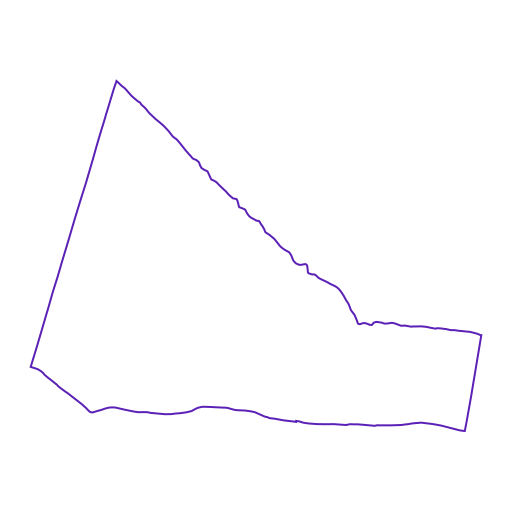 Ratchathewi, Bangkok Metropolis, Thailand (Equal Earth projection)
{"feature_id": "78962969B82033887386179", "entity_name": "Ratchathewi", "entity_type": "district", "adm_level": 2, "iso_a3": "THA", "parent_name": "Thailand", "parent_adm1": "Bangkok Metropolis", "projection": "equal_earth", "projection_center": [100.542, 13.761], "detail": "fine", "context": "isolated", "style": "outline", "palette": "violet", "viewbox_px": 512, "rotation_deg": 0, "n_neighbors": 0, "source": "geoboundaries", "source_scale": "gbopen_adm2", "svg_char_len": 5397}
<svg xmlns="http://www.w3.org/2000/svg" viewBox="0 0 512 512"><path d="M269.4,234.8L265.8,232.5L265.4,232.1L265.1,231.6L264.3,229.5L262.5,226.2L261.4,224.8L259.3,221.4L259.2,221.3L259.1,221.1L258.8,221.0L258.7,221.0L258.6,220.9L257.4,220.8L256.7,220.6L256.4,220.6L256.2,220.4L255.7,220.2L255.4,220.0L252.4,218.4L251.5,217.9L251.3,217.8L251.0,217.6L250.5,217.3L249.3,216.2L248.7,215.6L248.2,214.9L247.0,213.2L245.9,211.1L245.7,210.6L245.5,210.2L245.4,210.1L245.2,209.8L244.9,209.6L244.6,209.3L244.2,209.1L240.7,207.7L239.6,207.3L239.3,207.1L239.2,207.1L239.1,206.8L239.0,206.7L238.9,206.4L238.6,205.3L238.3,203.9L237.5,201.0L237.4,200.7L237.3,200.4L236.9,199.7L236.7,199.4L236.4,199.1L236.1,198.9L235.7,198.9L233.7,198.5L233.2,198.4L232.9,198.3L232.8,198.2L230.0,195.8L228.3,194.2L225.9,191.4L225.7,191.2L224.0,189.7L219.5,185.4L219.0,184.9L217.7,183.5L217.0,182.8L216.4,182.2L214.7,181.1L214.0,180.7L212.2,179.9L211.6,179.6L211.3,179.4L211.2,179.2L210.9,178.8L208.0,172.4L207.5,171.5L207.3,171.2L207.1,171.1L206.9,171.0L206.5,170.8L205.5,170.5L203.9,169.6L201.9,168.3L201.7,168.1L201.4,167.9L201.1,167.5L201.0,167.2L200.8,166.7L200.0,165.3L199.2,162.9L199.0,162.5L198.8,162.2L198.5,161.9L198.1,161.5L196.3,160.0L196.1,159.9L194.5,159.3L193.9,159.1L193.0,158.6L192.2,157.9L191.1,156.5L190.3,155.6L190.1,155.5L185.5,150.2L179.4,142.5L176.8,139.5L176.5,139.3L176.3,139.1L175.8,138.8L173.3,136.9L173.0,136.7L172.6,136.3L168.7,131.2L164.3,126.5L163.3,125.5L162.5,124.8L157.9,120.9L155.5,119.0L151.0,114.7L148.9,112.7L145.8,108.7L145.6,108.6L144.6,107.5L143.1,106.1L141.5,104.8L141.1,104.2L140.6,103.4L140.1,102.7L139.9,102.4L137.9,101.4L137.4,100.9L133.8,97.9L132.5,96.7L131.4,95.7L130.4,94.6L126.3,89.9L124.5,88.0L122.3,86.4L120.6,84.9L118.5,82.8L117.3,81.7L116.5,81.0L116.2,82.0L113.7,89.2L112.5,93.2L110.8,98.8L109.2,104.1L107.8,108.8L106.1,114.2L104.4,120.2L101.1,130.8L99.4,136.5L96.2,147.4L93.5,157.1L86.2,182.1L80.4,200.5L74.7,219.1L68.5,240.2L62.0,261.7L57.6,276.8L52.9,291.7L48.0,308.9L46.4,314.2L43.2,325.2L37.4,344.9L30.7,366.9L33.9,367.9L36.6,368.8L38.1,369.4L38.5,369.6L39.9,370.5L40.6,370.9L42.0,372.0L42.3,372.3L43.1,373.0L43.6,373.4L44.4,374.6L44.8,375.0L46.1,376.1L46.9,376.8L49.3,378.7L57.0,384.8L58.3,386.3L60.7,388.2L64.6,391.1L68.1,393.5L68.4,393.7L68.9,394.1L74.1,398.2L77.0,400.4L82.2,404.5L82.6,404.8L83.3,405.6L86.0,407.9L86.4,408.4L88.8,410.9L89.6,411.6L90.1,411.9L90.7,412.2L91.0,412.3L91.6,412.4L91.9,412.4L92.7,412.4L93.1,412.3L96.0,411.4L99.5,410.4L102.3,409.6L104.7,408.7L107.7,407.9L109.2,407.6L110.2,407.5L112.5,407.4L114.6,407.5L115.1,407.5L115.7,407.6L120.0,408.6L125.2,409.8L134.2,411.6L138.1,412.2L143.4,412.1L146.9,412.1L150.8,412.9L164.9,414.2L171.3,414.1L175.8,413.5L180.2,413.2L186.4,412.3L191.8,411.0L192.3,410.6L192.7,410.4L196.5,408.4L197.5,408.0L198.7,407.6L201.1,407.0L202.3,406.8L205.0,406.8L211.4,407.0L212.6,407.1L224.9,407.7L226.0,407.7L226.8,407.8L228.6,408.2L234.2,409.8L234.5,409.8L235.6,410.0L237.2,410.2L244.7,410.5L245.6,410.6L250.6,411.3L252.6,411.7L254.5,412.1L254.9,412.2L261.4,415.1L265.0,416.7L265.4,416.8L266.4,416.9L266.7,417.0L266.9,417.0L267.3,417.1L268.6,417.8L269.3,418.0L269.9,418.2L273.9,418.6L274.1,418.6L274.5,418.7L275.3,418.8L283.3,420.3L285.7,420.6L286.5,420.7L294.2,421.6L296.0,421.9L296.0,421.6L296.1,420.9L299.7,421.5L302.6,422.5L305.1,423.0L309.0,423.5L317.1,424.1L319.1,424.1L323.7,424.2L329.1,424.2L333.3,424.1L334.8,424.2L335.9,424.3L346.1,425.0L346.5,424.9L347.9,424.7L349.2,424.3L351.2,424.2L352.8,424.3L356.1,424.3L357.4,424.3L359.8,424.5L364.6,424.9L374.6,425.8L375.5,425.6L375.9,425.6L377.2,425.2L378.4,425.3L392.1,425.3L401.3,425.0L402.0,424.9L404.1,424.6L406.7,424.3L408.5,424.1L411.1,423.6L412.5,423.4L413.7,423.3L414.5,423.2L417.2,423.0L420.6,422.7L421.6,422.7L429.9,423.7L431.6,423.9L435.9,424.6L441.3,425.6L459.4,430.3L462.8,430.8L464.8,431.0L466.7,421.1L471.1,396.4L481.3,335.2L480.8,335.2L476.8,333.6L473.8,332.8L470.5,332.0L470.2,331.9L460.1,330.9L458.8,330.8L454.3,330.1L450.6,330.1L446.2,329.1L440.6,328.4L437.2,328.2L436.5,328.4L436.2,328.6L434.5,328.5L430.2,327.7L429.8,327.6L426.0,326.8L420.2,326.3L419.4,326.4L412.6,326.5L411.3,326.7L406.1,325.8L404.8,325.5L404.6,325.6L402.8,325.7L401.2,325.8L395.1,323.5L392.3,322.9L391.1,322.9L387.5,323.5L387.2,323.5L386.4,323.5L384.8,323.6L384.6,323.6L384.2,323.5L382.9,323.1L382.3,322.8L377.8,322.0L376.4,321.9L375.8,322.0L373.8,322.7L373.7,322.8L373.3,323.1L373.1,323.4L372.6,324.3L372.4,324.5L372.1,324.7L371.9,324.8L371.6,324.9L371.5,325.0L371.2,325.0L370.3,324.8L369.4,324.7L369.0,324.5L368.8,324.4L367.3,323.8L365.1,323.1L364.4,323.1L363.5,323.1L362.1,323.4L360.9,323.9L360.0,324.1L359.2,324.1L358.7,324.0L358.3,323.8L358.1,323.7L357.9,323.4L357.7,323.0L357.0,320.8L354.7,315.2L350.9,310.1L348.9,304.7L347.7,302.5L346.2,300.4L345.2,298.5L344.9,298.0L343.4,295.3L342.0,293.2L341.6,292.6L340.9,291.6L339.6,289.9L337.9,288.1L337.0,287.4L335.0,286.1L330.0,283.8L329.7,283.6L328.5,282.8L325.7,281.4L320.1,278.8L318.0,277.4L316.5,275.8L315.2,274.8L313.9,274.4L312.1,274.4L308.6,273.3L307.9,272.3L307.7,269.9L307.3,266.4L307.1,265.8L306.9,265.2L306.7,264.9L306.4,264.6L305.8,264.2L305.6,264.1L305.0,264.1L300.7,264.9L299.8,264.8L298.8,264.7L295.8,263.3L295.0,262.4L293.7,261.1L293.4,260.5L293.1,260.1L292.9,259.6L291.3,255.5L289.6,252.8L288.9,252.1L284.5,249.7L281.7,247.6L280.2,246.3L274.5,239.1L269.4,234.8Z" fill="none" stroke="#5b21b6" stroke-width="2"/></svg>